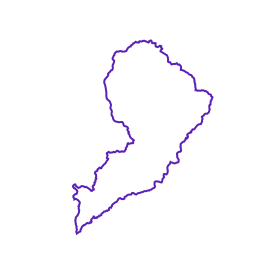 the district of Pataz, San Martín, Peru, rotated 246°
{"feature_id": "86281439B60553408093746", "entity_name": "Pataz", "entity_type": "district", "adm_level": 2, "iso_a3": "PER", "parent_name": "Peru", "parent_adm1": "San Martín", "projection": "orthographic", "projection_center": [-77.413, -8.063], "detail": "fine", "context": "isolated", "style": "outline", "palette": "violet", "viewbox_px": 256, "rotation_deg": 246, "n_neighbors": 0, "source": "geoboundaries", "source_scale": "gbopen_adm2", "svg_char_len": 5743}
<svg xmlns="http://www.w3.org/2000/svg" viewBox="0 0 256 256"><g transform="rotate(246 128 128)"><path d="M52.4,38.3L53.0,41.6L52.8,42.1L52.9,42.5L54.7,43.6L55.1,44.5L56.5,45.7L56.7,46.6L57.1,47.3L57.3,48.1L57.0,48.5L57.2,49.9L57.9,52.0L57.8,52.3L57.1,52.9L56.6,54.3L56.8,54.9L57.5,55.4L57.4,55.9L56.9,56.2L57.5,56.8L58.6,56.8L59.2,57.2L59.5,57.5L60.1,59.4L61.2,60.6L61.1,60.8L60.5,61.1L59.8,61.2L59.5,61.0L59.2,61.0L58.9,62.3L58.5,62.9L59.2,63.6L59.0,65.4L59.7,66.1L59.2,67.2L59.3,68.2L60.4,68.8L60.8,70.7L61.4,72.1L61.0,73.3L61.2,74.7L61.2,75.1L60.7,75.4L60.9,76.1L60.8,77.0L61.0,77.5L62.0,77.7L62.4,78.1L62.7,79.4L62.1,80.2L62.6,80.6L63.3,81.7L63.9,81.9L64.7,83.5L64.9,85.0L65.2,85.5L65.2,87.5L65.9,89.0L66.9,90.0L67.3,91.5L67.1,92.4L65.9,93.1L65.3,94.0L64.8,95.2L64.9,96.0L66.3,96.8L66.4,97.1L66.3,98.5L66.8,99.6L67.0,101.3L65.9,103.7L66.9,105.1L67.0,105.5L66.5,106.0L66.4,106.6L65.0,107.3L63.9,108.4L64.4,110.6L63.8,112.9L63.9,113.8L63.5,115.8L63.7,117.2L63.0,118.6L62.7,121.3L62.2,122.0L62.5,123.2L62.3,124.3L62.7,125.9L62.7,127.5L63.1,128.5L63.5,128.8L66.1,129.4L67.2,130.0L67.8,130.5L68.0,131.2L67.9,131.7L66.9,133.8L64.9,135.9L64.6,136.6L65.6,137.7L67.2,138.6L68.4,141.0L69.8,141.1L71.2,141.9L71.3,142.4L71.1,142.8L70.0,144.0L70.0,144.5L70.6,145.5L72.7,147.0L73.9,147.2L76.2,148.0L77.2,149.2L78.3,151.8L79.7,153.0L79.0,153.4L78.3,154.4L77.2,155.4L76.7,156.2L76.5,157.0L76.6,158.6L76.2,159.7L76.6,160.4L78.4,161.4L81.3,161.1L82.0,161.3L82.8,161.9L83.7,161.9L84.5,162.3L85.2,163.0L85.4,163.8L85.4,165.6L85.1,166.5L85.3,166.9L86.6,167.7L87.9,167.8L88.6,168.2L89.6,168.2L90.3,169.0L91.3,169.2L92.1,169.8L93.0,172.7L92.8,173.9L93.6,174.9L94.0,176.1L94.4,176.4L95.0,176.4L95.5,177.1L95.3,177.7L94.7,177.7L94.6,178.1L95.6,179.2L96.0,179.4L97.5,179.2L98.2,180.0L98.5,182.3L98.2,183.8L98.3,184.0L99.3,184.0L99.5,185.0L100.5,186.4L99.9,187.5L100.1,188.6L100.8,189.5L102.3,192.5L102.5,194.3L102.0,196.1L102.1,196.5L103.0,197.3L103.8,198.3L105.2,198.9L105.9,199.8L107.0,200.0L108.0,199.9L108.3,200.2L108.6,202.2L109.5,203.7L109.6,204.5L108.9,206.0L109.3,207.9L109.7,208.4L111.8,210.2L113.1,210.4L115.4,211.4L115.8,211.9L115.7,212.6L116.1,213.1L117.7,213.7L118.6,214.5L119.2,214.7L119.8,215.9L120.8,216.6L121.6,217.6L122.1,217.7L123.2,216.9L124.1,217.2L124.9,217.1L126.3,215.5L128.3,215.3L129.0,214.6L129.5,214.6L130.1,214.0L130.6,213.0L131.5,212.5L132.0,211.4L132.5,210.7L132.5,209.4L133.4,208.0L133.7,206.7L134.7,205.9L135.1,205.1L136.2,205.8L138.3,206.2L140.7,207.3L141.4,207.1L142.8,207.6L143.3,207.5L144.4,208.1L145.3,208.2L146.2,208.6L147.5,208.2L148.4,207.5L149.8,207.6L150.6,207.3L150.7,207.0L152.0,205.7L154.2,204.9L155.1,203.9L156.4,203.2L156.9,202.7L157.2,202.7L159.4,200.5L159.6,199.9L162.3,201.4L162.9,201.4L165.1,200.8L165.5,199.4L167.3,198.9L167.2,197.5L168.1,195.4L168.2,194.2L168.5,193.6L169.3,193.3L170.9,193.3L171.7,191.8L172.6,191.6L174.2,192.5L176.3,193.1L178.5,193.2L184.8,188.9L185.4,189.2L185.7,189.9L186.3,190.4L186.2,191.3L186.5,191.6L188.3,191.0L189.3,191.6L190.2,190.6L189.7,188.2L190.9,186.8L191.3,186.5L192.3,186.9L193.2,186.9L194.1,187.7L195.1,186.5L195.4,185.0L195.7,184.7L196.2,184.5L197.8,184.9L198.7,184.5L198.8,182.9L198.0,182.2L197.8,181.4L199.7,179.8L200.1,179.1L200.5,179.0L201.2,178.2L201.2,177.6L201.6,176.9L201.4,176.4L201.4,175.7L202.5,174.1L202.3,173.1L201.7,172.8L201.8,172.3L202.8,170.6L203.6,170.1L203.0,167.9L203.2,167.1L202.4,166.1L202.3,164.5L201.4,163.7L201.6,162.9L201.3,161.2L201.0,160.3L199.0,157.7L199.4,155.4L200.4,153.4L200.7,153.3L201.5,152.2L201.6,150.5L202.5,148.6L201.6,146.3L201.0,145.7L200.3,145.4L199.8,144.2L198.9,143.4L198.3,142.6L197.4,142.0L196.6,142.1L195.4,142.7L195.0,142.7L193.4,141.6L191.3,139.3L189.1,138.6L187.8,137.7L187.4,137.0L187.5,135.8L186.7,134.5L185.9,132.2L185.5,131.7L184.4,131.5L183.9,131.1L181.6,126.3L180.3,125.3L179.0,124.7L176.1,124.5L171.7,123.4L168.5,122.4L166.1,121.2L164.1,120.7L162.7,120.7L159.9,122.1L156.5,122.0L155.3,121.4L153.5,120.1L152.1,119.9L151.2,120.2L150.4,120.2L149.5,119.9L147.6,118.7L146.2,118.3L144.3,118.6L142.7,118.2L141.1,118.2L139.5,118.8L137.5,121.3L136.8,122.4L136.4,123.9L135.8,125.2L134.7,125.5L131.8,125.2L131.2,125.7L129.7,127.4L128.9,127.9L127.6,127.9L126.9,126.7L124.7,126.8L124.1,127.2L123.6,127.0L123.1,126.2L122.2,126.3L121.5,126.7L120.4,126.4L118.9,126.3L117.0,126.9L115.1,128.1L114.4,128.3L113.8,127.3L112.5,126.8L112.1,126.4L112.9,124.5L112.9,123.0L114.1,121.9L113.6,121.0L112.9,120.9L112.7,120.3L111.6,119.7L110.5,117.7L109.4,117.4L108.9,116.4L108.2,115.6L108.0,114.5L108.3,114.0L108.8,113.7L108.9,113.0L109.3,112.7L109.3,111.5L109.7,110.3L111.1,109.5L111.7,108.8L111.3,107.7L111.2,105.9L112.1,105.2L111.9,104.0L112.5,102.6L112.6,101.6L113.3,101.0L114.0,100.7L113.7,98.5L113.1,98.2L111.5,98.3L109.2,96.5L107.9,97.4L107.3,96.9L106.9,95.7L104.8,92.8L104.3,90.8L102.9,88.1L102.1,87.3L102.1,86.9L103.3,86.2L103.4,85.7L102.5,84.1L102.7,83.5L102.6,83.3L101.3,82.4L101.3,80.3L99.9,79.3L98.4,79.8L96.5,79.2L95.7,78.3L94.5,78.5L93.8,77.1L92.3,76.5L91.8,75.0L90.8,75.0L89.5,73.7L89.6,72.7L89.2,72.1L88.3,71.8L86.9,71.7L86.5,71.9L85.6,71.7L85.8,70.5L85.2,69.6L85.5,68.9L85.9,68.6L87.0,68.5L91.2,65.9L91.4,64.6L92.6,63.9L93.7,62.3L93.7,61.0L93.3,59.9L93.5,58.3L96.4,56.8L97.8,57.0L98.2,56.1L97.7,54.6L96.7,53.8L95.9,54.2L95.0,54.2L94.4,55.0L93.5,55.2L92.6,55.8L90.8,56.0L89.7,55.2L88.7,54.2L89.0,53.0L88.3,50.6L87.0,49.9L86.2,50.0L85.4,50.6L84.6,50.0L84.4,51.5L83.7,52.2L81.8,53.3L81.2,53.3L80.4,53.7L79.3,53.6L78.8,53.0L77.8,52.5L77.2,51.4L76.6,51.4L76.3,50.9L76.0,51.0L74.4,50.1L72.9,50.1L70.4,48.5L69.1,46.9L68.9,46.8L67.4,43.8L65.7,42.9L65.3,42.3L64.6,42.3L63.1,41.6L62.1,41.6L61.6,41.2L60.6,41.0L58.7,41.0L58.3,40.5L57.5,40.2L56.8,40.2L55.7,39.8L54.2,38.5L52.4,38.3Z" fill="none" stroke="#5b21b6" stroke-width="2"/></g></svg>